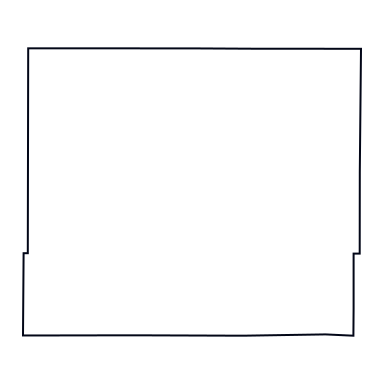 outline of Allen, Kansas, United States of America
{"feature_id": "52423323B72287121319194", "entity_name": "Allen", "entity_type": "district", "adm_level": 2, "iso_a3": "USA", "parent_name": "United States of America", "parent_adm1": "Kansas", "projection": "natural_earth1", "projection_center": [-95.246, 37.885], "detail": "fine", "context": "isolated", "style": "outline", "palette": "ink", "viewbox_px": 384, "rotation_deg": 0, "n_neighbors": 0, "source": "geoboundaries", "source_scale": "gbopen_adm2", "svg_char_len": 311}
<svg xmlns="http://www.w3.org/2000/svg" viewBox="0 0 384 384"><path d="M353.4,335.7L353.6,308.5L353.6,253.6L359.7,253.6L359.8,171.8L361.0,48.8L250.1,48.7L194.0,48.4L28.2,48.3L27.8,253.2L23.6,253.2L23.0,335.5L133.8,335.3L243.2,335.7L325.5,334.4L353.4,335.7Z" fill="none" stroke="#020617" stroke-width="2"/></svg>